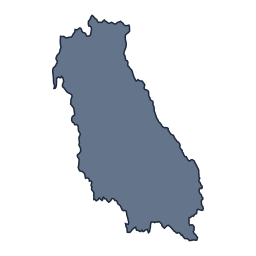 Água Boa, Minas Gerais, Brazil (Equal Earth projection)
{"feature_id": "56859067B18251134383574", "entity_name": "Água Boa", "entity_type": "district", "adm_level": 2, "iso_a3": "BRA", "parent_name": "Brazil", "parent_adm1": "Minas Gerais", "projection": "equal_earth", "projection_center": [-42.276, -18.014], "detail": "fine", "context": "isolated", "style": "filled", "palette": "slate", "viewbox_px": 256, "rotation_deg": 0, "n_neighbors": 0, "source": "geoboundaries", "source_scale": "gbopen_adm2", "svg_char_len": 5740}
<svg xmlns="http://www.w3.org/2000/svg" viewBox="0 0 256 256"><path d="M109.5,23.3L108.3,23.3L107.4,22.4L106.4,21.7L105.5,21.2L104.3,20.0L102.9,21.1L101.7,22.5L100.6,22.3L99.6,22.2L98.3,22.4L97.3,21.0L96.7,19.5L95.5,18.8L94.3,17.6L93.2,16.2L92.0,15.4L91.0,16.7L90.5,18.2L89.6,20.0L88.5,21.2L88.3,23.0L88.4,24.7L88.9,26.1L90.4,26.2L91.3,27.8L91.5,29.6L91.1,31.5L90.8,33.2L90.5,34.9L89.1,35.9L87.7,36.2L86.8,36.1L86.1,34.9L85.6,33.7L84.6,32.8L83.0,32.5L82.0,31.4L81.6,29.8L80.7,28.2L79.6,28.0L78.5,28.8L77.4,29.8L76.3,29.7L75.1,29.5L74.9,31.0L74.6,32.5L73.5,33.5L72.7,35.2L71.9,36.5L71.0,37.1L69.8,37.2L68.8,37.3L67.5,37.7L66.2,37.9L65.1,37.3L63.8,36.4L61.9,36.5L60.5,36.3L60.4,38.5L60.3,40.0L60.3,42.2L60.4,44.3L60.8,45.9L60.9,47.3L60.5,48.5L60.1,49.8L59.7,51.7L59.0,53.5L58.1,54.3L57.1,55.4L56.4,56.8L56.0,58.1L56.2,59.5L57.2,60.8L57.1,62.9L56.2,64.3L55.6,65.8L54.7,66.8L53.5,67.7L52.8,69.5L52.7,71.1L52.8,73.0L53.1,74.5L53.2,76.4L53.5,78.8L53.5,81.5L53.8,83.4L54.3,85.0L54.5,86.7L53.9,88.4L55.1,88.4L55.9,87.1L56.2,85.8L56.5,83.9L56.5,81.7L56.5,79.4L57.3,77.5L58.7,77.0L59.7,77.7L60.9,77.7L61.5,76.4L62.6,77.4L63.3,79.3L63.7,81.5L62.9,83.5L62.4,85.3L62.6,86.8L63.8,87.8L64.8,89.0L65.5,90.0L66.2,91.1L67.5,92.3L68.7,93.1L70.4,93.7L71.9,95.2L72.0,96.7L71.5,98.0L70.9,99.9L70.9,102.1L70.6,104.0L71.5,105.2L72.6,106.5L73.7,108.2L74.1,109.6L74.2,111.6L74.6,113.5L74.4,115.2L73.1,115.9L72.1,117.1L71.7,118.7L71.7,120.5L72.5,122.2L73.8,122.9L74.8,124.8L76.8,124.5L78.0,126.1L78.3,127.5L78.3,129.3L78.5,130.9L79.1,131.9L79.8,132.9L80.3,134.1L79.8,135.8L78.9,137.3L79.0,138.8L79.2,140.7L79.4,143.1L78.9,145.0L79.8,146.8L80.6,148.5L80.6,150.2L80.6,151.6L79.7,152.7L79.0,153.7L78.1,154.2L77.3,155.2L77.4,156.6L78.1,157.7L79.0,159.0L79.1,161.0L78.9,162.6L78.8,164.1L78.6,165.6L78.2,167.4L78.8,169.2L79.7,170.9L81.6,171.3L83.2,172.2L84.2,173.1L84.8,174.5L85.1,176.3L85.5,178.3L87.3,177.8L88.6,178.4L89.2,179.6L89.4,181.2L90.6,180.8L91.6,181.6L91.7,183.0L91.2,184.2L91.1,185.8L92.0,187.0L91.5,188.7L91.9,190.1L92.7,191.0L93.4,191.9L94.0,193.3L93.7,194.8L93.9,196.2L93.9,197.7L93.8,199.5L94.9,199.4L96.2,200.8L97.6,200.1L98.4,199.0L99.1,198.0L100.6,199.3L102.0,200.5L102.8,199.6L102.6,198.0L103.6,197.2L104.7,198.8L106.1,199.0L106.9,200.4L107.8,201.3L108.6,202.2L109.6,201.7L110.5,200.9L111.2,199.8L112.0,198.6L113.3,198.6L114.2,199.2L114.8,200.5L115.9,200.5L116.9,201.1L117.3,202.5L118.0,204.0L119.4,205.0L120.5,206.0L121.0,207.3L121.5,208.4L122.1,209.9L123.5,210.7L125.3,210.5L126.4,211.6L126.6,213.2L126.8,214.9L127.3,216.5L127.8,218.3L128.2,220.2L128.7,222.1L128.3,224.3L127.0,224.2L125.5,223.6L125.8,225.0L126.0,226.6L127.0,228.2L127.1,230.6L127.3,232.3L128.6,232.4L130.0,232.3L131.0,231.2L132.2,229.7L133.3,228.7L134.3,227.8L135.7,227.2L136.0,228.8L136.5,230.2L138.5,230.5L139.6,231.4L140.6,231.5L142.0,230.2L143.0,231.6L144.4,231.0L145.5,229.9L146.6,229.7L147.6,229.5L147.9,231.0L148.4,232.7L149.6,231.7L149.7,230.1L150.1,228.8L150.4,226.9L150.5,225.0L150.8,223.4L151.3,222.0L152.4,221.9L153.6,222.2L154.7,222.6L155.6,221.9L156.6,222.1L157.7,222.1L158.7,221.6L159.7,222.1L160.7,223.0L161.7,224.2L162.0,225.9L162.9,226.7L163.6,227.7L164.5,228.2L165.6,227.0L166.8,225.9L168.1,225.2L169.3,226.0L170.7,227.1L171.9,228.6L173.0,229.7L174.0,231.1L175.0,231.5L176.0,232.7L177.1,233.2L178.1,232.5L179.1,232.9L180.5,233.8L181.3,235.3L182.4,235.1L182.9,236.4L183.9,237.6L184.9,238.6L185.9,238.7L187.0,238.6L188.3,239.3L189.3,240.6L190.8,240.5L192.4,240.1L193.9,239.9L195.5,240.2L196.7,240.2L197.3,238.7L197.5,237.3L196.3,236.1L195.5,234.5L194.2,233.8L193.3,231.7L194.0,230.1L194.1,228.6L194.1,226.9L193.0,225.2L191.9,224.7L191.0,225.0L190.0,225.3L188.9,223.4L189.1,221.2L189.0,219.4L189.0,217.8L190.2,217.7L191.0,216.9L192.3,216.0L193.5,216.2L194.2,215.0L195.2,214.0L196.5,213.7L196.8,212.0L196.9,210.5L197.6,209.4L199.2,209.6L200.2,209.9L201.5,210.3L202.8,210.2L203.3,208.3L202.6,206.2L201.5,204.8L201.5,203.3L201.3,201.4L201.6,200.0L202.7,199.4L202.9,197.9L201.9,196.9L201.2,194.7L200.2,193.8L199.5,192.4L199.0,190.9L199.4,189.2L200.2,188.2L201.4,188.6L202.3,187.7L202.0,186.0L201.1,185.0L200.5,183.7L200.0,182.5L199.1,181.9L198.9,180.0L199.8,178.2L198.9,176.9L199.0,175.2L198.8,173.5L198.7,172.0L198.7,170.2L198.0,168.4L197.2,167.0L196.5,165.5L195.7,163.9L194.8,162.6L194.5,161.3L193.6,160.5L192.3,159.7L191.1,159.8L189.6,161.1L188.1,160.2L186.9,158.0L186.2,156.7L185.0,156.6L183.9,155.2L183.2,153.1L182.3,152.0L182.2,150.3L180.7,149.0L179.7,146.8L180.1,145.3L179.4,143.4L178.2,142.0L177.1,141.5L176.4,140.4L175.3,139.0L174.2,137.3L173.5,135.4L172.4,134.9L171.0,134.2L169.7,132.6L169.0,131.1L168.2,130.3L168.2,128.5L167.0,127.7L165.6,127.6L164.2,127.7L163.1,127.0L162.1,126.2L161.3,124.6L160.2,123.1L159.1,122.2L158.4,121.2L157.8,119.7L156.7,118.2L156.2,116.4L155.6,115.0L155.2,113.5L154.8,112.4L154.2,111.0L154.2,109.6L154.1,107.6L153.6,105.9L152.9,104.7L153.1,102.9L152.8,101.4L151.8,100.7L150.3,99.9L150.0,97.9L149.2,96.7L148.6,95.0L148.7,93.2L148.5,91.6L147.6,90.4L146.5,89.9L145.1,89.6L144.0,88.3L144.3,86.6L144.8,84.9L144.0,83.6L143.0,82.2L142.1,81.0L140.6,81.1L139.1,80.4L137.9,79.6L137.2,80.5L136.0,80.9L135.3,79.7L134.7,78.4L134.0,77.3L133.5,75.6L132.9,73.9L132.4,72.0L131.8,70.3L130.8,69.1L129.7,68.1L128.9,66.6L127.7,65.6L127.8,63.9L127.9,62.2L127.3,60.8L126.0,60.4L125.5,59.2L125.2,57.3L124.8,55.4L123.7,54.0L124.1,52.2L124.6,50.5L125.2,49.1L125.7,47.8L126.0,46.5L126.2,44.7L126.2,43.1L125.9,41.7L125.5,40.3L125.3,38.3L125.2,36.5L125.7,34.7L127.0,33.5L128.5,32.5L129.6,31.1L129.5,29.2L129.5,27.8L129.4,26.4L128.9,25.1L127.2,25.6L125.2,25.6L123.9,24.8L123.0,23.3L121.6,22.3L120.6,21.3L119.6,21.8L118.3,22.1L117.2,22.7L116.2,23.7L114.6,24.0L113.1,23.2L111.7,22.3L110.6,22.7L109.5,23.3Z" fill="#64748b" stroke="#1e293b" stroke-width="1.5"/></svg>